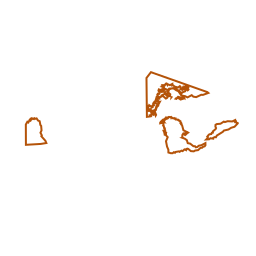 the district of South New Georgia-Rendova, Western, Solomon Islands, rotated 310°
{"feature_id": "97153195B70216176300277", "entity_name": "South New Georgia-Rendova", "entity_type": "district", "adm_level": 2, "iso_a3": "SLB", "parent_name": "Solomon Islands", "parent_adm1": "Western", "projection": "orthographic", "projection_center": [157.385, -8.25], "detail": "fine", "context": "isolated", "style": "outline", "palette": "amber", "viewbox_px": 256, "rotation_deg": 310, "n_neighbors": 0, "source": "geoboundaries", "source_scale": "gbopen_adm2", "svg_char_len": 6097}
<svg xmlns="http://www.w3.org/2000/svg" viewBox="0 0 256 256"><g transform="rotate(310 128 128)"><path d="M151.5,137.9L151.2,137.4L151.6,137.8L151.9,136.7L152.7,137.4L154.7,136.4L155.4,134.2L155.1,133.7L154.3,134.0L154.6,133.8L154.5,133.1L154.2,132.6L155.9,132.5L155.3,131.4L154.8,131.3L158.0,129.5L158.3,130.0L159.1,129.6L159.3,132.3L159.9,132.3L158.9,132.9L159.8,133.5L161.3,132.6L162.0,133.2L163.0,131.5L164.7,131.4L164.8,132.1L166.2,131.6L166.4,132.7L166.5,131.6L170.3,129.9L171.7,130.5L172.2,129.1L173.4,128.8L174.0,129.9L174.9,129.8L176.4,129.0L176.7,127.8L176.0,127.8L176.2,127.3L177.4,126.8L178.2,128.8L179.0,129.0L178.2,130.0L178.0,128.9L176.9,129.5L177.2,130.4L176.8,130.3L177.9,131.1L178.9,131.1L178.8,130.6L180.0,130.9L180.4,129.8L181.9,129.8L182.2,129.4L181.7,128.0L182.9,128.4L182.3,127.3L182.8,127.5L183.0,126.9L184.4,128.5L186.4,128.5L186.9,128.9L186.3,130.6L187.1,130.4L187.8,132.6L190.2,133.6L189.0,134.5L189.7,135.0L189.7,137.1L191.2,140.3L193.4,140.8L193.3,141.8L191.5,143.2L191.9,144.2L193.9,144.0L192.5,145.3L193.6,145.7L194.5,144.7L195.6,144.8L196.1,146.2L196.9,145.2L198.0,146.2L197.8,147.9L197.1,147.6L196.4,149.6L195.3,149.7L195.1,150.4L195.2,149.3L195.5,148.8L194.5,148.0L194.7,146.9L192.9,148.2L189.8,146.5L189.1,146.7L189.0,145.0L188.3,143.9L187.2,147.9L189.1,151.3L189.7,153.9L194.1,155.7L194.0,157.9L195.5,160.4L200.6,162.8L201.5,164.1L206.5,167.0L206.5,165.7L185.5,109.7L178.2,110.0L148.7,135.3L151.5,137.9ZM166.7,162.1L166.6,160.9L165.7,159.8L165.6,158.9L165.1,158.8L165.2,157.2L164.9,157.2L164.2,155.9L164.2,154.3L163.6,154.4L163.9,153.8L162.7,152.1L161.6,151.5L162.2,152.4L161.3,152.3L161.0,152.1L161.4,151.6L160.8,151.9L160.7,151.2L160.3,151.7L157.8,150.9L156.8,151.2L157.2,150.6L156.6,150.1L155.9,150.5L155.7,151.7L155.4,151.1L154.8,152.1L154.0,152.0L153.2,153.2L152.4,153.4L152.5,154.2L151.2,155.7L151.4,156.4L150.6,156.6L150.4,157.4L149.5,157.4L149.6,158.5L148.8,158.8L148.9,160.0L148.0,160.8L147.6,160.2L147.4,160.9L147.9,161.1L146.9,160.9L146.7,160.3L146.5,160.5L146.9,161.4L146.5,164.3L142.3,165.6L138.9,169.8L137.3,172.9L135.2,174.7L136.2,177.0L137.4,178.4L139.0,178.7L139.2,179.9L140.3,179.9L142.9,182.1L142.9,182.8L145.0,183.5L145.4,184.7L147.9,185.0L148.3,186.4L148.7,186.0L149.2,186.1L149.3,186.7L150.3,186.7L150.7,187.6L150.7,191.0L152.4,193.4L153.9,193.9L156.1,195.9L159.3,196.3L160.6,197.5L161.7,197.5L163.2,198.5L164.6,198.4L166.2,197.0L162.0,195.3L159.9,193.6L158.0,193.3L156.8,192.3L157.1,191.0L156.1,189.8L156.0,185.7L154.8,183.5L156.5,180.9L156.3,178.3L155.4,175.8L155.9,176.1L156.0,175.3L157.7,174.1L159.5,173.9L160.2,174.6L159.2,175.4L159.3,176.3L160.8,176.6L162.7,175.3L161.9,171.9L164.9,167.6L164.9,166.4L165.8,166.0L165.6,165.0L166.2,165.0L166.6,163.9L166.3,161.7L166.7,162.1ZM49.5,60.6L59.7,71.4L64.0,75.1L65.1,73.0L66.0,66.9L67.0,66.7L68.1,64.0L70.6,63.3L73.8,60.1L74.0,58.9L76.4,56.0L75.9,54.2L76.6,51.8L75.5,51.1L75.3,49.9L74.5,49.7L74.8,50.3L74.4,50.3L73.8,48.9L73.0,48.7L73.5,47.9L72.5,47.4L71.8,48.0L72.2,48.3L70.9,48.6L70.7,47.5L68.2,48.1L68.1,46.9L65.0,47.5L49.5,60.6ZM202.8,204.9L200.0,203.6L197.3,200.0L194.8,198.4L194.5,197.3L190.7,196.1L188.1,193.5L186.7,193.0L185.2,194.1L184.6,195.5L183.5,195.8L179.9,195.2L179.0,196.0L178.1,195.3L176.9,195.7L175.5,194.4L174.3,194.2L172.3,194.3L172.3,195.1L171.5,195.5L169.5,195.3L171.5,197.4L173.1,197.7L174.6,200.1L175.3,199.6L176.8,200.3L177.4,201.3L179.3,200.9L186.0,203.1L187.7,203.1L191.4,205.9L194.5,206.9L197.4,208.8L202.1,209.1L202.3,208.8L201.7,208.1L202.1,207.2L201.6,206.7L202.4,206.1L201.7,205.7L202.8,204.9ZM186.3,136.0L184.6,134.2L182.5,134.3L180.9,135.0L180.2,136.5L178.0,134.3L174.8,132.9L174.4,133.5L175.0,134.6L174.9,138.1L176.3,138.6L177.5,138.4L177.8,136.0L178.8,137.4L178.9,139.1L179.6,139.6L181.0,138.7L181.1,135.6L181.7,135.0L184.3,134.8L186.3,136.0ZM187.4,151.4L187.1,151.8L187.0,150.9L185.2,149.0L184.1,146.3L182.2,146.2L183.3,147.2L183.6,150.0L186.6,151.9L187.1,152.0L187.4,151.4ZM168.4,135.6L167.1,134.7L167.0,135.2L163.3,135.6L160.2,137.0L157.8,136.9L158.2,137.5L159.6,137.8L162.3,136.6L164.6,136.8L165.5,136.2L168.4,135.6ZM189.5,143.1L187.9,139.2L187.8,137.2L186.5,136.0L187.7,137.9L187.9,140.7L189.1,144.6L189.5,143.1ZM157.9,137.8L157.1,136.8L157.1,137.6L156.4,138.0L155.9,139.9L155.0,141.1L155.8,140.7L155.4,141.2L156.1,141.1L157.9,137.8ZM171.0,132.4L170.2,131.5L168.6,132.4L170.3,132.4L170.7,132.9L171.0,132.4ZM157.0,133.3L156.3,132.5L155.5,132.7L156.0,134.0L157.0,133.3ZM155.5,149.9L155.3,149.3L153.3,149.3L153.5,150.0L155.5,149.9ZM148.7,159.9L148.4,159.3L148.1,159.6L148.0,158.5L147.3,159.9L148.7,159.9ZM160.1,151.2L159.8,150.4L157.6,150.0L159.3,150.4L160.1,151.2ZM174.5,132.7L174.1,132.9L172.9,133.1L173.8,133.5L174.5,132.7ZM157.3,149.8L156.8,149.4L155.7,149.5L155.9,149.9L157.3,149.8ZM163.1,177.0L163.0,176.1L162.7,175.9L162.5,176.8L163.1,177.0ZM182.1,132.1L181.9,131.4L180.9,131.6L182.1,132.1ZM182.0,146.1L181.6,145.7L181.1,145.7L181.4,146.3L182.0,146.1ZM168.2,134.2L168.2,133.3L167.9,133.3L167.4,134.2L168.2,134.2ZM153.0,150.2L153.1,149.4L152.4,149.7L153.0,150.2ZM189.4,139.8L189.8,139.2L189.4,139.1L189.4,139.8ZM164.9,133.5L165.2,132.9L164.4,133.1L164.9,133.5ZM156.7,136.5L155.8,136.6L155.9,137.1L156.4,136.9L156.7,136.5ZM182.7,133.2L182.2,133.3L182.5,134.0L182.4,133.4L182.7,133.2ZM156.9,135.6L156.7,135.1L156.4,135.5L156.9,135.6ZM155.9,135.2L155.4,134.8L155.2,135.3L155.6,135.5L155.9,135.2ZM155.7,137.9L155.4,138.0L155.1,138.4L155.4,138.4L155.7,137.9ZM171.6,132.1L171.2,132.0L171.1,132.8L171.3,132.7L171.6,132.1ZM179.3,133.3L178.9,132.9L179.0,133.4L179.3,133.3ZM154.8,138.5L154.4,138.2L154.2,138.3L154.3,138.7L154.8,138.5ZM154.7,133.7L154.9,133.1L154.6,133.1L154.7,133.7ZM156.9,137.1L156.5,137.2L156.4,137.5L156.8,137.4L156.9,137.1ZM164.6,132.9L164.7,132.4L164.2,132.7L164.6,132.9ZM148.6,158.2L148.5,157.9L148.1,158.4L148.6,158.2ZM164.9,156.7L165.1,156.8L164.9,156.4L164.9,156.7ZM179.8,141.5L180.3,141.0L179.8,141.3L179.5,141.5L179.8,141.5ZM178.7,137.8L178.6,137.3L178.2,136.8L178.7,137.8ZM158.6,150.7L158.9,150.7L158.5,150.5L158.6,150.7ZM182.7,135.3L183.1,135.2L182.6,135.2L182.7,135.3Z" fill="none" stroke="#b45309" stroke-width="2"/></g></svg>